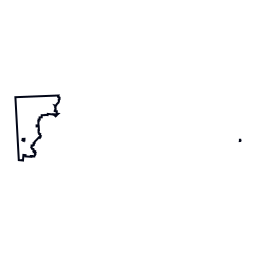 outline of Unincorporated NSW, New South Wales, Australia
{"feature_id": "25037944B59579883363479", "entity_name": "Unincorporated NSW", "entity_type": "district", "adm_level": 2, "iso_a3": "AUS", "parent_name": "Australia", "parent_adm1": "New South Wales", "projection": "orthographic", "projection_center": [147.013, -31.429], "detail": "fine", "context": "isolated", "style": "outline", "palette": "ink", "viewbox_px": 256, "rotation_deg": 0, "n_neighbors": 0, "source": "geoboundaries", "source_scale": "gbopen_adm2", "svg_char_len": 3109}
<svg xmlns="http://www.w3.org/2000/svg" viewBox="0 0 256 256"><path d="M58.4,95.5L15.4,97.2L18.8,160.1L22.0,160.4L22.0,160.1L22.5,160.1L22.5,160.4L23.0,160.5L23.4,154.9L25.5,155.1L25.4,156.4L31.2,156.8L31.0,156.0L32.0,156.0L32.0,156.3L32.8,156.4L33.5,156.4L33.5,156.5L33.4,156.5L33.7,156.5L33.7,156.4L34.0,156.4L34.1,156.2L34.1,156.3L34.3,156.3L34.3,156.2L34.2,156.2L34.3,156.1L34.4,155.9L34.2,155.9L34.5,155.6L34.5,155.4L34.8,155.2L35.0,155.1L35.1,154.9L35.3,154.6L35.2,154.5L35.2,154.4L35.2,154.2L35.1,153.9L35.0,153.7L35.0,153.4L35.2,153.2L34.9,153.1L34.9,152.9L35.0,152.8L35.1,152.7L34.9,152.6L35.0,152.5L34.9,152.4L35.0,152.4L35.0,152.2L34.9,152.1L34.7,152.1L34.8,152.0L35.0,151.9L35.0,151.7L35.1,151.4L35.2,151.5L35.2,151.4L35.3,151.4L35.2,151.4L35.2,151.2L33.4,151.1L33.5,149.7L33.4,149.0L32.0,148.8L31.8,148.2L31.6,147.9L31.7,147.6L31.7,147.4L31.7,147.1L31.4,147.0L31.5,146.8L31.6,146.2L31.6,145.5L33.1,145.6L33.4,145.4L33.3,145.2L33.2,145.2L33.3,145.2L33.3,144.9L33.5,144.8L33.4,144.7L33.5,144.6L33.5,144.4L33.5,144.2L33.8,144.1L33.7,143.2L34.4,143.3L34.7,143.0L34.6,141.8L36.4,140.0L38.4,137.9L38.8,137.3L39.1,137.2L39.4,137.5L39.5,137.5L39.9,137.9L40.4,137.2L40.0,136.8L40.5,136.2L40.8,135.9L40.0,135.0L40.0,134.5L39.8,134.5L39.4,134.2L39.6,134.0L39.9,133.8L38.6,132.8L38.5,130.2L38.9,130.2L38.7,126.3L36.6,126.4L36.6,125.4L38.5,125.4L38.4,122.4L38.3,121.1L38.7,121.1L38.6,119.5L39.7,119.5L39.6,117.4L41.7,117.3L41.7,115.2L45.0,115.1L45.1,114.9L47.6,115.1L47.7,113.9L53.2,114.5L53.2,114.3L53.2,114.2L54.4,114.3L54.4,114.7L54.3,114.9L55.4,115.0L55.1,115.8L55.6,116.3L55.9,116.0L56.0,116.0L56.4,115.6L56.3,115.4L58.2,113.8L56.5,113.6L56.8,111.3L54.7,111.1L54.7,110.9L54.8,110.8L55.0,110.8L55.0,110.7L55.2,110.4L55.3,110.4L55.4,110.1L55.5,110.0L55.5,109.8L55.4,109.7L55.5,109.5L55.4,109.4L55.5,109.3L55.5,109.0L55.5,108.8L55.6,108.7L55.5,108.4L55.5,108.2L55.5,107.9L55.3,107.8L55.3,107.7L55.2,107.6L55.3,107.4L55.2,107.3L55.2,107.1L55.3,107.1L55.5,106.9L55.5,106.6L55.4,106.5L55.4,106.3L55.4,106.2L55.6,106.0L55.4,105.9L55.6,105.8L55.4,105.6L55.8,105.7L56.1,105.3L56.1,105.2L56.3,104.9L56.5,104.7L56.6,104.4L56.7,104.2L56.8,104.1L57.1,103.9L57.4,103.7L57.5,103.5L57.5,103.4L57.7,103.2L57.9,103.0L58.0,103.0L58.1,102.9L58.2,102.7L58.4,102.6L58.4,102.4L58.5,102.3L58.6,102.2L58.8,101.8L58.8,101.6L58.9,101.3L58.9,101.2L59.0,100.9L58.9,100.8L58.9,100.7L58.7,100.2L58.7,99.9L58.8,99.8L58.8,99.7L59.0,99.7L59.2,99.4L59.3,99.3L59.2,99.2L59.3,99.0L59.5,98.9L59.4,98.7L59.5,98.4L59.5,98.2L59.6,97.9L59.6,97.7L59.4,97.5L59.3,97.4L59.2,97.3L59.2,97.2L58.9,97.1L58.5,97.2L58.4,97.2L58.2,97.1L58.0,96.8L58.0,96.5L58.1,96.3L58.1,96.2L58.2,95.9L58.3,95.7L58.4,95.5ZM22.7,139.7L22.7,138.9L24.5,138.8L24.5,139.1L24.3,139.2L24.4,139.4L24.3,139.7L24.4,140.5L23.6,140.6L23.6,140.8L23.4,140.7L22.8,140.6L22.5,140.3L22.7,140.2L22.7,139.7ZM240.2,140.1L240.3,140.3L240.3,140.5L240.2,140.8L240.1,141.0L240.3,141.0L240.4,140.9L240.5,140.8L240.5,140.7L240.5,140.4L240.4,140.3L240.4,140.2L240.2,140.0L240.2,139.8L239.9,139.8L239.9,140.0L240.0,139.9L240.1,140.0L240.2,140.1Z" fill="none" stroke="#020617" stroke-width="2"/></svg>